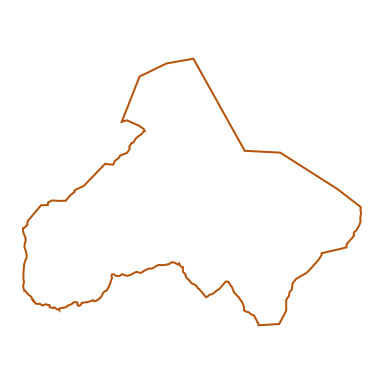 outline of San Andrés Yaá, Oaxaca, Mexico
{"feature_id": "50627088B90449229158341", "entity_name": "San Andrés Yaá", "entity_type": "district", "adm_level": 2, "iso_a3": "MEX", "parent_name": "Mexico", "parent_adm1": "Oaxaca", "projection": "natural_earth1", "projection_center": [-96.145, 17.295], "detail": "fine", "context": "isolated", "style": "outline", "palette": "amber", "viewbox_px": 384, "rotation_deg": 0, "n_neighbors": 0, "source": "geoboundaries", "source_scale": "gbopen_adm2", "svg_char_len": 3175}
<svg xmlns="http://www.w3.org/2000/svg" viewBox="0 0 384 384"><path d="M27.7,221.1L27.7,222.0L27.4,222.5L27.2,225.2L26.7,225.3L25.1,227.1L23.7,228.1L23.1,228.1L23.0,230.2L23.2,232.2L25.5,237.8L25.6,241.7L24.8,243.1L24.4,246.6L24.7,247.9L25.6,250.4L26.0,251.8L26.7,255.4L26.6,258.0L25.7,259.3L24.2,264.1L24.0,266.2L23.4,273.1L23.5,279.9L23.8,280.5L23.9,282.8L23.1,286.3L23.4,287.7L24.2,290.7L25.2,290.8L26.0,291.6L26.3,292.7L28.3,294.2L29.1,295.2L30.0,295.7L31.7,297.3L31.8,298.6L33.0,300.6L33.5,300.2L34.2,302.1L35.1,302.6L35.7,303.6L38.5,304.0L39.8,303.7L42.3,305.5L46.2,304.2L47.7,305.0L49.4,305.0L49.7,307.3L50.7,307.3L53.1,308.1L54.3,307.3L56.0,308.7L58.3,309.8L58.9,309.6L59.2,309.9L59.0,308.9L59.6,308.4L66.1,307.2L68.0,305.4L69.6,305.1L71.1,304.2L72.8,303.4L72.9,302.7L74.0,302.3L75.2,302.0L76.8,302.4L77.5,302.6L77.2,304.2L78.4,305.8L79.4,305.5L80.5,305.2L81.8,302.9L86.0,302.2L87.1,302.3L88.4,301.7L90.3,301.4L92.0,300.7L92.7,300.1L94.5,301.4L96.5,300.5L97.1,300.4L99.8,298.0L100.5,297.7L101.8,295.6L103.2,292.8L105.3,290.9L106.4,290.8L108.1,288.1L108.7,287.3L108.8,286.1L110.0,284.2L110.7,281.5L112.0,278.0L111.5,275.7L111.6,274.9L112.4,274.2L113.9,274.4L116.3,275.9L118.4,276.2L120.6,275.5L122.0,274.1L124.2,275.0L126.9,275.8L130.7,274.9L134.9,272.4L137.4,271.9L139.4,272.8L141.8,272.5L142.9,271.6L144.5,270.5L145.8,270.1L147.2,269.2L148.8,268.6L151.9,268.6L158.3,265.0L164.5,265.1L169.1,264.0L171.9,262.2L174.7,262.7L178.0,264.6L179.2,263.4L180.0,265.4L181.1,266.7L183.0,267.3L182.8,269.6L183.2,272.1L185.3,274.0L185.7,276.1L187.1,278.7L188.0,279.0L189.3,280.6L190.3,281.8L191.0,282.6L191.7,283.3L195.5,285.1L196.9,286.3L197.0,286.7L198.2,288.6L199.3,289.1L206.0,297.2L207.9,296.3L209.3,294.9L212.4,294.1L216.3,291.0L217.3,290.1L219.0,289.3L221.4,286.6L225.7,281.6L228.3,281.7L232.2,287.6L233.4,290.7L233.6,291.7L237.0,295.7L238.6,297.0L240.2,299.6L242.2,302.1L242.8,303.7L244.1,307.2L244.0,310.4L245.7,311.4L248.7,312.3L251.3,314.4L253.6,315.4L254.3,315.8L255.3,318.1L256.4,319.7L257.2,322.0L258.2,322.9L258.5,325.3L279.2,324.0L286.2,310.7L286.2,299.9L288.9,296.0L289.5,292.3L291.8,289.5L292.6,283.4L296.0,279.1L299.6,276.8L306.1,273.2L309.5,270.0L313.3,265.7L317.3,261.4L319.4,258.5L321.4,255.3L321.7,253.2L342.1,248.5L346.5,247.3L346.7,244.1L349.9,240.4L352.1,238.0L354.0,235.6L353.7,233.9L354.0,232.3L356.4,230.4L359.1,225.6L360.5,221.8L360.4,220.6L360.4,217.1L361.0,213.6L360.5,209.5L360.8,207.1L337.6,189.2L280.2,152.6L263.8,151.8L244.7,150.8L193.4,58.7L171.2,62.6L166.5,63.5L156.4,68.3L148.9,72.0L144.8,74.0L140.5,76.0L139.6,76.5L139.1,77.6L137.5,81.9L136.5,84.2L133.6,91.7L130.1,100.5L127.9,106.2L121.7,121.9L122.3,121.8L123.1,121.2L127.0,120.4L129.6,121.5L134.4,123.7L137.7,125.2L138.7,125.2L139.7,126.3L143.1,128.5L143.9,129.3L144.7,131.3L143.3,131.6L142.3,133.2L141.4,134.3L139.5,135.5L138.5,136.3L136.0,138.3L134.9,140.0L133.3,142.4L132.4,143.2L131.6,142.9L129.2,146.9L129.7,149.0L127.0,152.9L120.1,155.6L119.0,157.7L114.9,160.9L113.2,164.7L105.0,163.9L91.3,178.1L83.8,185.9L76.9,189.1L74.3,190.6L74.7,191.8L70.3,195.2L65.8,200.7L58.8,200.9L52.2,200.4L48.1,202.5L47.8,205.0L41.0,205.3L27.7,221.1Z" fill="none" stroke="#b45309" stroke-width="2"/></svg>